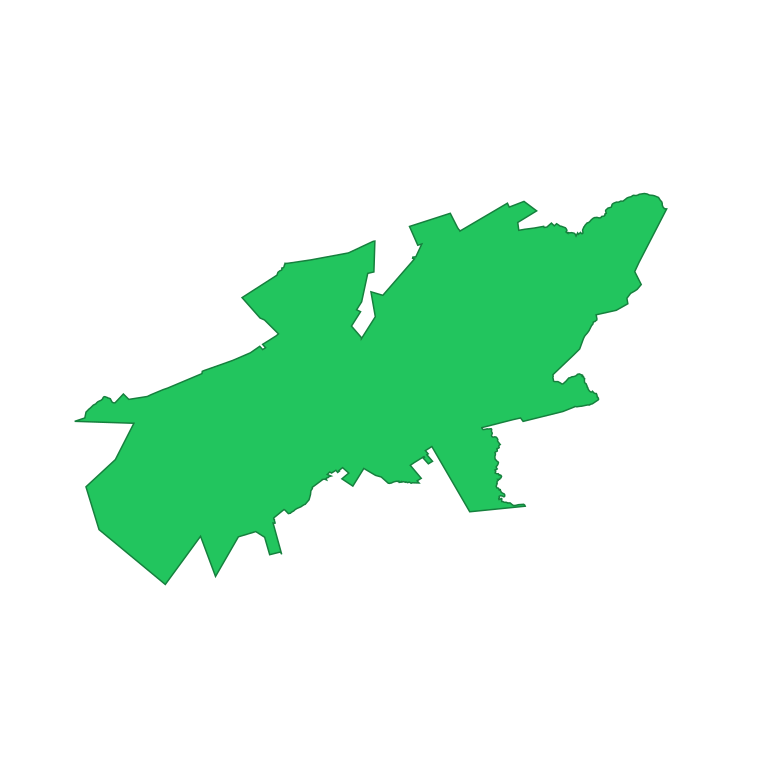 the district of Guadalupe Victoria, Durango, Mexico, rotated 258°
{"feature_id": "50627088B98366659289932", "entity_name": "Guadalupe Victoria", "entity_type": "district", "adm_level": 2, "iso_a3": "MEX", "parent_name": "Mexico", "parent_adm1": "Durango", "projection": "equal_earth", "projection_center": [-104.099, 24.401], "detail": "fine", "context": "isolated", "style": "filled", "palette": "green", "viewbox_px": 768, "rotation_deg": 258, "n_neighbors": 0, "source": "geoboundaries", "source_scale": "gbopen_adm2", "svg_char_len": 6160}
<svg xmlns="http://www.w3.org/2000/svg" viewBox="0 0 768 768"><g transform="rotate(258 384 384)"><path d="M498.0,263.1L474.3,276.5L471.5,280.4L455.0,291.2L453.5,288.5L448.0,273.5L444.1,275.7L442.9,272.5L446.7,270.3L442.3,259.8L438.5,240.8L434.6,211.1L434.2,208.9L432.0,208.1L425.0,171.6L424.4,166.7L422.0,154.0L421.0,149.9L422.0,131.2L428.4,127.0L421.5,117.0L421.7,115.9L422.0,115.1L423.0,114.2L426.5,113.2L427.4,111.9L427.8,110.9L428.2,110.7L429.6,108.4L429.8,107.6L429.3,106.7L428.7,106.1L428.1,105.8L427.0,104.2L426.2,100.6L425.4,99.1L424.5,98.0L423.8,95.3L421.6,91.8L420.5,89.6L419.9,88.9L418.5,86.7L413.0,84.3L411.8,73.7L397.6,131.2L365.9,105.5L345.4,71.1L300.8,75.0L233.4,128.4L273.2,172.9L230.8,179.2L264.8,209.8L266.3,227.9L258.9,235.4L240.8,236.7L241.2,247.8L238.7,248.5L271.1,246.6L270.5,248.4L271.1,248.6L273.1,248.4L274.3,248.6L274.6,248.1L274.9,248.0L276.0,248.4L282.0,260.1L281.0,261.1L277.1,263.5L277.1,265.7L277.7,266.5L278.7,269.5L279.4,270.5L280.3,272.8L281.2,277.3L282.5,280.4L282.7,281.9L286.3,286.6L291.1,289.1L294.8,290.3L296.6,292.2L297.8,292.3L303.1,303.8L303.4,303.8L303.3,306.1L302.1,307.9L303.5,307.6L304.2,308.9L304.0,309.5L305.0,311.5L304.9,311.8L305.0,313.1L307.3,309.7L309.2,312.6L307.8,314.2L309.6,319.0L307.1,320.3L308.1,322.3L308.7,321.9L310.8,326.1L304.2,331.0L300.0,323.1L290.6,332.3L305.6,346.7L296.4,356.7L293.6,362.0L286.1,367.5L285.6,368.9L285.7,369.9L285.6,370.6L286.2,373.0L286.3,375.9L285.9,377.0L286.0,377.5L285.8,378.1L285.5,377.8L285.1,378.3L284.6,378.4L284.5,379.8L284.9,380.4L285.0,381.0L284.6,381.1L284.4,380.6L284.3,381.0L284.5,382.6L283.4,384.6L283.7,385.0L283.6,385.4L282.7,386.3L282.6,386.9L282.8,387.9L282.6,388.7L281.7,389.4L281.3,390.0L281.5,391.2L279.9,397.7L282.4,396.3L284.0,400.8L299.0,392.8L300.8,397.1L304.7,408.0L304.0,408.4L303.4,406.9L296.7,410.8L298.3,415.4L305.9,411.2L306.5,412.7L310.2,410.6L312.9,417.8L241.2,441.3L235.1,496.7L236.2,496.5L237.3,495.6L238.0,490.5L237.9,487.6L238.2,485.5L239.2,484.4L241.4,482.7L241.8,481.2L241.7,480.5L241.9,480.0L242.3,479.9L242.9,478.9L243.2,477.4L243.5,476.6L244.3,475.9L244.6,474.7L246.7,475.1L247.0,475.4L247.6,475.1L247.6,474.7L247.1,473.7L247.1,472.4L248.1,472.4L248.7,473.2L249.5,473.1L250.2,473.3L250.5,475.0L249.9,476.1L249.8,476.7L249.0,477.2L248.7,478.1L249.1,478.7L250.1,479.0L250.7,479.0L251.5,478.7L252.8,477.0L254.1,476.0L254.7,476.1L255.4,475.7L256.5,475.8L256.6,475.4L256.3,474.7L256.6,474.5L257.2,474.7L258.4,474.1L258.7,473.5L258.7,473.0L258.9,472.8L260.1,472.6L260.5,472.4L261.7,473.0L262.1,473.5L263.2,473.6L263.4,474.1L264.7,474.1L265.6,474.7L265.7,475.2L266.0,475.7L266.7,476.2L266.9,476.0L266.7,477.3L267.6,477.9L267.9,478.9L269.3,479.8L270.6,479.2L270.6,478.7L271.1,478.2L271.0,477.8L271.2,477.5L271.4,477.6L272.5,477.1L272.7,475.7L273.9,474.2L275.3,475.1L276.8,474.6L277.1,475.6L276.9,476.2L277.4,477.1L278.5,476.6L279.6,476.5L281.5,478.6L283.3,479.6L284.3,479.3L285.2,478.3L286.4,477.8L287.0,477.2L288.5,477.1L290.4,477.5L291.5,478.2L292.7,478.5L293.8,478.2L294.4,478.9L294.5,479.9L294.9,480.9L296.1,481.1L296.9,480.8L297.4,481.1L297.4,482.4L297.8,483.4L299.6,483.4L300.3,484.1L300.6,485.1L304.6,483.2L306.0,483.8L307.5,483.4L308.7,482.7L309.3,481.4L309.3,479.6L310.3,478.5L311.5,478.5L313.1,479.6L314.0,479.6L315.3,479.2L317.3,479.9L318.0,479.5L318.3,476.3L318.7,475.7L318.6,473.6L318.8,471.4L320.4,470.5L321.0,470.6L322.3,502.6L322.4,510.5L318.5,512.3L319.9,553.3L322.0,565.5L322.3,565.7L322.2,566.4L321.6,567.9L321.5,570.1L321.2,572.8L321.2,578.7L320.7,580.8L321.1,581.0L321.2,581.4L321.3,583.7L323.9,590.2L324.4,590.7L325.8,590.7L326.8,589.9L327.2,590.1L327.4,589.9L328.9,590.0L330.5,589.7L330.8,588.6L331.5,587.6L333.6,586.4L333.0,585.5L333.0,585.0L333.2,584.6L334.3,583.6L336.3,582.7L338.4,582.5L338.7,582.1L339.8,582.2L342.3,581.7L343.2,580.8L343.8,580.5L346.6,580.9L347.4,581.4L348.5,580.7L349.5,580.7L349.9,579.8L350.1,579.9L350.6,579.4L351.2,580.1L351.5,579.8L352.2,578.6L353.2,577.3L353.3,575.7L353.2,575.1L352.7,574.6L352.0,573.1L351.8,571.0L352.0,569.4L351.4,567.0L351.5,566.0L348.4,561.9L348.2,561.2L347.0,559.4L347.0,558.3L347.3,557.6L348.1,557.1L350.2,554.6L350.8,551.7L351.3,550.7L351.7,550.4L353.7,550.6L355.1,550.4L356.0,551.0L358.0,551.2L373.4,576.2L377.6,582.7L386.9,588.5L388.7,589.9L389.6,590.8L391.6,593.5L393.4,595.5L397.9,599.1L399.1,600.7L401.1,601.7L401.3,603.5L401.7,603.9L402.3,605.4L403.3,605.8L407.6,605.9L407.8,626.5L411.8,639.2L417.1,639.4L417.5,639.6L421.4,644.1L422.9,648.8L423.9,651.3L427.8,656.3L441.8,652.6L449.9,658.7L496.5,696.9L497.2,694.6L498.0,694.4L499.1,693.7L501.2,693.4L502.9,693.7L504.6,693.5L506.2,692.5L509.4,691.3L511.8,687.8L512.6,686.2L513.6,682.9L515.1,681.0L516.2,678.3L516.5,673.0L516.1,672.1L515.9,669.8L516.7,667.3L516.6,666.5L515.8,664.6L515.8,662.7L515.5,660.6L513.2,655.9L513.3,654.8L513.7,653.8L513.1,651.0L513.6,649.2L513.2,646.6L512.8,645.4L512.3,644.5L510.2,643.4L509.7,642.9L509.5,639.6L507.9,637.0L507.2,636.7L504.7,636.9L504.6,635.9L504.4,635.5L504.1,635.3L503.4,635.4L502.5,634.3L502.6,631.6L501.8,631.0L501.6,630.3L501.7,628.9L502.8,626.8L502.6,626.1L502.9,625.5L503.0,624.6L502.7,623.2L501.6,621.0L499.9,618.8L499.2,617.0L499.4,616.3L497.5,613.7L496.1,612.5L496.1,612.2L493.2,610.2L491.1,610.2L489.9,609.6L489.8,608.9L490.3,608.3L491.4,607.8L490.0,605.3L491.5,604.8L488.8,602.6L491.0,602.1L492.0,601.3L493.1,598.8L493.2,597.0L493.9,595.5L493.1,595.2L494.7,593.7L495.3,593.9L495.9,594.7L496.4,594.9L497.9,594.5L499.1,593.9L501.5,590.1L501.6,589.4L504.9,586.2L503.3,583.4L506.6,581.2L503.6,575.9L503.8,573.2L505.0,573.0L505.3,563.4L506.1,553.7L506.3,547.8L514.2,548.4L521.6,569.3L533.5,558.9L531.0,543.3L535.2,542.3L517.8,490.1L518.4,490.1L519.7,489.2L521.8,488.4L537.2,484.3L532.8,441.7L512.7,445.9L513.1,450.1L501.8,441.6L502.1,438.6L501.0,438.1L500.0,439.8L471.0,401.3L476.9,390.4L451.6,389.5L433.1,371.4L434.0,371.6L447.4,364.2L459.6,376.1L462.3,372.6L469.0,379.2L495.6,391.1L495.7,397.4L525.7,404.8L525.8,403.1L519.6,376.4L520.6,338.3L522.1,314.8L522.6,312.2L521.7,312.1L521.1,311.3L519.6,310.7L518.7,309.8L518.6,308.1L517.6,308.1L516.7,307.5L516.3,305.5L515.3,303.5L512.7,301.9L498.0,263.1Z" fill="#22c55e" stroke="#15803d" stroke-width="1.5"/></g></svg>